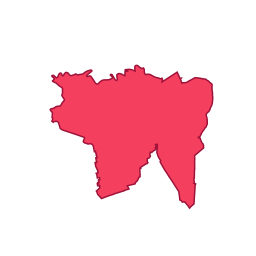 Mosquera, Cundinamarca, Colombia (orthographic projection), rotated 203°
{"feature_id": "7082276B63365049346428", "entity_name": "Mosquera", "entity_type": "district", "adm_level": 2, "iso_a3": "COL", "parent_name": "Colombia", "parent_adm1": "Cundinamarca", "projection": "orthographic", "projection_center": [-74.234, 4.678], "detail": "fine", "context": "isolated", "style": "filled", "palette": "rose", "viewbox_px": 256, "rotation_deg": 203, "n_neighbors": 0, "source": "geoboundaries", "source_scale": "gbopen_adm2", "svg_char_len": 5677}
<svg xmlns="http://www.w3.org/2000/svg" viewBox="0 0 256 256"><g transform="rotate(203 128 128)"><path d="M40.0,78.3L39.4,80.2L38.2,82.7L38.2,82.8L37.6,83.8L44.0,102.1L43.8,102.9L44.1,103.0L44.5,102.8L44.6,103.0L45.7,102.9L45.5,103.5L47.5,106.9L47.3,107.6L49.9,114.1L50.7,116.6L53.8,123.7L54.5,125.8L55.3,127.3L55.9,128.7L50.9,138.6L50.6,139.4L51.1,139.9L51.4,141.0L52.4,142.4L52.7,142.6L54.5,143.5L54.8,143.9L55.3,144.3L56.1,145.1L57.0,145.9L57.4,146.8L57.7,146.9L58.4,146.7L58.8,146.7L59.6,146.9L58.8,147.7L58.6,148.1L58.4,148.6L58.3,149.5L58.2,152.5L58.1,153.6L57.3,156.8L57.2,158.0L56.6,159.2L56.6,160.0L56.6,162.6L56.8,163.2L58.5,166.9L58.9,167.2L59.1,167.9L60.6,169.7L61.1,170.5L61.3,171.2L61.3,171.7L61.1,172.5L60.6,173.8L60.2,174.4L59.9,175.6L59.8,177.1L60.0,178.4L59.8,181.5L60.1,183.8L61.3,187.7L61.9,189.2L62.9,190.9L64.1,193.7L65.1,195.2L66.3,197.6L66.7,198.5L67.2,200.1L67.9,201.1L68.5,201.4L70.5,201.9L72.0,202.6L72.3,202.7L73.7,202.7L74.9,203.2L75.6,203.3L77.6,202.7L81.8,201.8L85.8,200.6L86.2,200.3L87.0,199.1L88.1,197.8L88.7,196.9L89.4,196.2L89.6,196.0L91.6,193.2L92.0,192.7L93.8,191.7L94.9,191.3L95.6,190.7L96.0,190.3L98.5,193.1L98.7,193.6L98.5,194.6L99.3,194.0L99.5,194.0L104.6,198.6L114.6,183.8L115.1,185.9L115.6,186.6L116.2,187.1L116.9,186.3L117.7,185.9L119.8,185.9L122.3,185.4L123.5,185.4L127.9,185.8L129.1,185.8L131.2,185.1L132.3,184.2L132.8,184.1L133.5,184.5L134.7,185.6L135.8,188.0L136.5,188.8L136.8,189.0L137.2,189.1L137.3,189.2L137.7,189.0L138.4,188.3L139.0,188.1L140.7,188.4L143.4,189.2L143.8,189.2L144.6,189.0L145.2,188.6L145.6,188.0L145.6,186.8L145.2,185.8L143.7,183.1L146.3,183.2L148.2,182.9L149.8,182.5L151.3,181.7L153.3,180.6L153.1,179.9L150.9,181.2L150.5,180.3L152.8,178.9L151.3,174.9L152.9,174.9L154.6,175.1L156.1,175.0L157.4,174.7L157.8,174.4L158.3,174.1L158.6,173.7L158.8,173.2L159.0,172.7L158.9,172.2L158.6,171.4L157.0,168.9L156.8,168.2L157.0,167.6L157.3,167.3L157.8,167.2L158.4,167.3L158.8,167.5L163.4,170.8L164.0,170.9L165.0,170.4L164.9,170.0L164.7,169.6L162.7,169.1L162.4,168.9L162.1,168.4L162.0,167.9L162.3,167.2L164.3,165.0L169.0,162.8L170.2,161.9L170.8,161.3L171.7,159.7L172.2,158.7L172.6,157.4L173.1,156.6L173.6,156.4L174.6,156.4L175.0,156.4L175.9,156.8L179.8,159.5L182.4,161.1L183.4,161.1L183.7,161.0L184.1,160.7L185.1,159.7L185.5,159.5L185.8,159.4L186.3,159.6L186.5,160.0L186.5,160.3L185.5,162.6L183.6,165.9L183.7,166.7L183.9,166.9L184.5,166.9L185.1,166.7L185.5,166.4L187.8,164.5L188.9,163.1L189.7,161.9L190.6,160.2L191.0,159.8L193.7,158.2L194.4,157.5L195.1,157.1L196.0,157.2L196.6,157.4L197.2,157.2L197.7,157.0L198.0,156.3L198.6,155.8L200.9,153.9L201.1,153.9L201.9,153.9L202.7,154.0L203.9,154.8L204.8,155.2L205.5,155.2L206.7,155.0L207.1,154.7L207.8,153.0L207.9,151.2L208.2,150.7L208.5,150.6L208.8,150.5L209.2,150.7L209.7,151.4L210.4,151.9L210.9,152.2L211.4,152.3L211.7,152.2L212.1,151.8L212.5,151.1L212.6,150.2L212.6,148.3L212.7,147.5L213.0,146.6L213.4,146.3L213.9,146.3L216.5,147.2L217.3,147.3L218.3,146.8L218.4,146.4L218.4,146.1L218.1,145.8L215.3,144.8L215.1,144.5L215.0,143.8L215.9,141.9L215.5,141.5L214.9,141.4L211.7,141.3L208.9,140.3L207.3,139.8L205.9,139.6L204.7,139.3L203.8,138.9L203.2,137.7L203.0,136.8L201.8,134.4L201.8,132.6L201.7,132.3L201.6,132.1L198.6,129.9L197.9,129.6L197.6,129.3L197.5,128.7L197.6,128.1L198.3,126.0L198.8,122.5L199.2,121.7L200.1,121.1L201.3,120.5L202.2,119.9L202.6,119.4L203.8,117.7L205.1,116.4L206.6,115.3L206.8,114.8L206.7,114.4L206.2,113.9L204.4,113.1L203.6,112.4L203.2,111.7L202.4,109.3L202.2,108.2L200.9,107.2L200.7,105.8L200.8,104.5L199.1,104.1L199.1,104.6L196.9,106.0L196.2,106.3L194.9,106.2L194.2,105.8L193.7,105.3L191.1,102.2L190.5,101.3L189.1,100.8L187.4,100.6L172.5,101.8L164.7,102.3L164.3,102.1L164.0,101.8L164.1,99.5L163.8,97.9L163.0,97.6L162.5,97.4L162.0,97.3L160.3,97.7L159.7,97.5L158.8,97.6L158.0,97.9L156.2,99.0L155.8,99.0L154.2,98.8L153.5,98.3L153.2,98.2L149.7,93.1L148.9,93.8L148.2,92.7L148.0,92.8L147.1,91.5L147.1,91.4L146.8,91.2L146.7,90.9L146.6,91.0L144.9,88.6L146.0,87.9L144.3,85.4L143.3,84.2L144.4,83.7L144.8,83.3L143.7,82.0L143.9,81.9L142.5,79.8L141.9,79.4L139.7,77.3L139.5,77.2L139.1,76.7L138.8,76.1L138.0,75.0L139.6,73.9L138.5,72.9L136.7,70.0L135.0,71.2L133.8,69.5L134.7,68.9L134.9,68.6L133.6,66.6L134.3,66.1L133.7,65.6L134.5,65.1L134.2,64.7L134.4,64.6L133.4,63.0L132.5,63.7L132.2,63.4L131.8,63.9L131.2,62.9L131.1,63.0L130.6,61.9L132.1,58.3L132.5,57.6L131.7,57.0L129.9,55.0L127.9,54.2L124.9,52.7L117.9,59.3L116.6,60.3L113.9,62.9L110.2,66.0L107.9,68.0L107.1,68.5L107.1,68.9L106.9,69.2L103.5,72.0L103.3,72.3L106.1,74.5L99.7,79.3L99.8,79.8L99.6,81.4L99.0,82.4L98.8,83.2L98.6,85.7L98.7,86.9L98.0,87.5L97.9,88.1L98.4,89.0L98.7,90.1L99.4,91.2L101.0,94.7L100.9,94.8L101.2,95.7L101.1,95.8L100.6,95.7L100.4,95.8L100.4,96.0L100.5,96.1L101.1,96.3L101.2,96.6L101.1,96.8L100.5,97.3L99.8,98.7L98.9,99.6L98.7,100.1L98.4,100.8L98.2,101.1L97.7,101.4L97.3,102.3L96.5,102.7L96.2,103.3L96.2,104.0L97.0,104.4L97.3,104.8L98.2,107.2L98.1,107.6L97.1,108.3L96.9,108.6L96.6,109.3L96.4,110.3L96.4,110.8L96.5,111.2L97.1,111.5L97.5,112.0L97.8,113.7L97.9,114.5L97.7,114.7L96.9,114.6L96.6,114.9L96.3,115.4L95.8,116.5L95.1,117.6L94.5,118.2L94.6,118.9L94.3,119.2L94.5,119.7L94.5,120.6L95.6,122.8L96.3,123.5L96.1,123.8L95.0,124.2L94.6,124.4L94.3,124.0L93.6,121.6L94.3,120.9L93.2,121.0L93.0,120.5L92.6,118.7L91.8,116.6L91.6,116.3L91.1,115.9L90.0,114.6L88.7,113.2L87.7,112.4L85.2,110.8L85.2,109.9L85.2,109.4L85.0,109.2L78.5,104.2L73.0,100.6L72.3,100.0L66.7,96.4L63.4,94.1L56.5,89.4L53.8,85.0L52.2,82.0L50.9,81.9L50.1,81.7L49.2,81.0L48.9,81.0L48.5,81.3L48.1,81.8L47.8,81.9L47.1,81.8L46.4,82.1L45.5,81.4L41.9,79.6L41.3,79.2L40.9,78.8L40.0,78.3Z" fill="#f43f5e" stroke="#9f1239" stroke-width="1.5"/></g></svg>